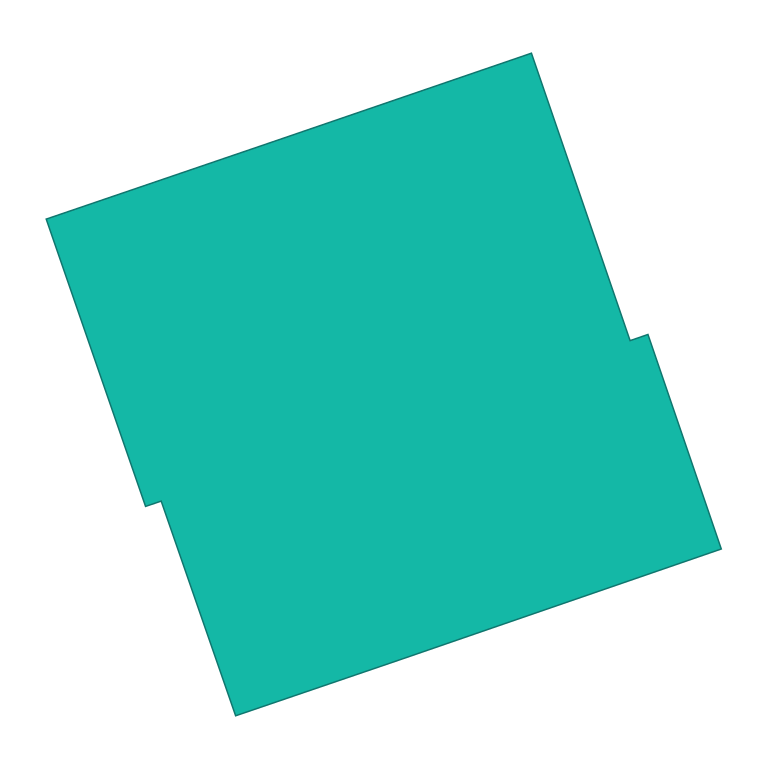 outline of Barnes, North Dakota, United States of America, rotated 161°
{"feature_id": "52423323B70837081191712", "entity_name": "Barnes", "entity_type": "district", "adm_level": 2, "iso_a3": "USA", "parent_name": "United States of America", "parent_adm1": "North Dakota", "projection": "equal_earth", "projection_center": [-98.096, 46.935], "detail": "fine", "context": "isolated", "style": "filled", "palette": "teal", "viewbox_px": 768, "rotation_deg": 161, "n_neighbors": 0, "source": "geoboundaries", "source_scale": "gbopen_adm2", "svg_char_len": 303}
<svg xmlns="http://www.w3.org/2000/svg" viewBox="0 0 768 768"><g transform="rotate(161 384 384)"><path d="M118.8,118.2L118.3,344.9L137.2,344.9L136.9,648.8L411.4,649.2L649.7,649.9L649.3,345.9L632.8,345.8L632.3,118.6L460.2,118.1L118.8,118.2Z" fill="#14b8a6" stroke="#0f766e" stroke-width="1.5"/></g></svg>